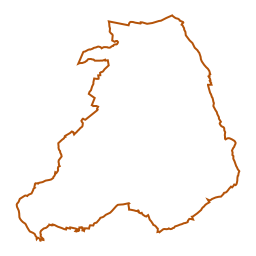 Rosia De Amaradia, Gorj, Romania
{"feature_id": "2599482B83031616378159", "entity_name": "Rosia De Amaradia", "entity_type": "district", "adm_level": 2, "iso_a3": "ROU", "parent_name": "Romania", "parent_adm1": "Gorj", "projection": "equal_earth", "projection_center": [23.734, 45.043], "detail": "fine", "context": "isolated", "style": "outline", "palette": "amber", "viewbox_px": 256, "rotation_deg": 0, "n_neighbors": 0, "source": "geoboundaries", "source_scale": "gbopen_adm2", "svg_char_len": 5717}
<svg xmlns="http://www.w3.org/2000/svg" viewBox="0 0 256 256"><path d="M157.5,232.0L159.1,231.7L159.5,232.2L163.3,229.2L164.5,229.0L166.4,229.2L168.0,229.0L168.8,228.4L170.3,229.1L171.8,228.9L172.5,228.2L174.0,227.8L174.7,226.8L175.1,226.4L177.7,225.6L180.1,224.6L181.7,224.2L183.9,223.2L185.4,223.0L187.2,222.3L187.8,221.9L187.9,220.8L189.3,218.9L191.0,219.0L193.1,219.5L192.9,219.0L192.4,218.1L192.4,217.1L192.1,216.7L192.7,216.6L197.3,213.3L201.2,209.9L201.9,208.5L202.8,207.4L203.9,206.6L205.0,205.2L206.4,204.0L209.4,202.3L207.8,199.6L209.1,200.2L210.4,200.2L212.0,199.0L215.6,197.5L218.6,196.8L221.0,196.6L223.6,193.9L223.6,193.4L224.1,192.8L225.7,192.5L226.8,191.7L227.9,190.4L229.3,188.5L230.5,187.3L230.8,186.7L231.2,186.7L231.6,187.2L232.1,187.4L233.5,185.8L234.2,184.5L234.5,184.5L235.5,185.1L236.1,184.7L236.6,183.8L236.9,182.7L237.3,180.6L237.4,177.9L237.7,176.0L238.2,175.7L238.6,173.1L239.3,171.2L237.8,169.3L236.9,167.2L236.2,166.1L234.5,161.2L233.6,159.4L233.3,158.6L233.4,156.1L232.4,155.0L232.6,152.5L232.0,150.6L233.1,148.2L234.2,146.8L234.5,145.8L235.5,143.7L235.6,142.8L235.0,141.6L234.3,140.8L232.0,139.4L229.6,138.3L228.3,138.2L227.2,138.4L225.6,139.4L225.3,139.2L225.0,138.3L225.0,136.4L224.8,135.1L225.2,132.2L224.3,130.4L224.2,128.2L223.5,127.2L221.8,126.4L220.9,125.7L219.7,123.7L219.8,123.1L220.9,121.8L219.1,119.0L218.9,118.4L218.9,117.2L217.4,114.3L216.7,111.9L215.7,110.5L213.4,106.2L213.4,105.7L213.9,103.1L213.4,101.9L212.9,99.3L212.4,97.6L211.9,97.1L211.0,94.3L210.1,92.8L208.0,85.2L208.0,84.8L211.5,84.7L211.0,83.4L211.1,82.9L210.6,82.5L209.7,80.7L209.8,80.6L210.4,80.6L210.1,79.0L208.5,76.3L208.8,76.1L209.5,76.2L209.6,74.2L210.2,74.1L209.3,71.0L207.9,68.8L206.1,67.1L204.1,64.8L201.8,61.4L200.9,59.2L200.6,56.8L199.2,52.7L198.3,51.7L197.5,50.3L194.7,47.7L192.4,43.0L189.7,40.5L185.8,35.3L185.4,31.9L184.2,29.7L184.1,28.2L183.3,26.9L183.1,26.3L182.4,25.2L181.6,24.7L182.5,23.2L183.2,22.8L183.3,22.5L183.0,22.0L179.7,20.6L179.4,19.7L177.9,18.7L176.1,18.3L174.8,17.6L172.8,16.1L172.2,15.4L166.3,18.0L161.0,20.7L158.9,21.0L152.4,23.0L147.1,23.8L142.3,22.4L140.7,22.3L140.7,23.4L140.5,23.5L135.4,22.7L132.9,22.0L130.8,21.9L130.3,22.0L129.2,23.2L128.6,25.3L108.8,21.4L109.2,23.1L109.4,26.3L110.0,28.5L109.7,31.7L111.3,33.7L112.3,34.3L112.7,35.4L112.2,40.5L114.7,41.8L116.0,41.0L117.1,41.0L118.0,42.1L117.6,43.2L117.0,44.1L116.5,44.4L115.2,44.4L114.0,44.8L113.4,45.3L113.2,45.9L112.4,46.0L111.2,46.7L110.5,47.4L109.5,47.7L108.0,47.6L107.2,47.2L104.1,47.1L103.4,47.3L101.6,48.3L101.0,47.5L100.4,47.1L98.6,46.6L97.7,46.7L96.0,47.4L93.4,48.0L92.9,48.6L92.1,48.9L90.0,49.6L89.5,49.4L88.2,49.8L85.1,51.5L83.6,51.8L83.3,52.0L78.3,63.7L79.6,63.1L82.2,63.0L85.1,62.0L85.8,61.3L86.5,61.1L88.0,59.3L88.5,59.1L91.0,59.0L92.1,59.4L93.2,59.5L93.8,59.7L94.3,60.3L94.9,60.7L102.5,60.6L105.1,59.7L105.3,60.6L107.8,60.3L108.7,65.4L104.5,69.3L103.4,70.9L102.6,71.7L101.0,72.2L100.1,72.8L100.3,75.2L98.2,75.4L98.7,78.1L98.5,78.8L96.9,78.9L94.2,78.5L93.4,82.2L93.4,83.9L92.1,86.5L91.0,90.2L89.5,91.9L88.8,93.9L94.7,98.0L91.8,105.2L92.6,105.5L93.2,106.1L93.9,106.0L96.4,106.0L98.1,106.7L97.0,108.9L97.1,109.2L97.6,109.7L97.3,110.2L85.4,119.7L84.1,119.4L83.0,118.7L82.4,119.2L81.4,120.8L81.8,121.8L82.7,122.8L82.8,123.3L82.6,125.4L82.4,126.2L82.1,126.7L80.2,128.2L79.0,129.6L77.6,130.9L76.7,132.0L75.0,133.5L74.1,134.5L73.6,133.3L73.6,132.6L73.0,132.3L72.9,131.9L71.8,131.5L70.0,133.1L65.1,135.9L64.9,136.1L65.4,136.9L64.6,137.2L63.8,138.5L62.1,139.7L58.3,143.2L58.4,144.9L58.6,146.3L58.5,147.7L58.8,149.1L59.2,150.0L60.1,151.1L60.2,152.5L61.3,154.7L61.6,156.5L58.8,160.2L58.5,161.9L58.9,163.4L58.9,164.7L59.7,166.1L58.6,166.6L58.1,167.2L57.9,168.4L58.1,170.0L57.7,171.2L56.4,173.0L55.3,172.2L55.0,173.5L55.1,174.4L54.4,175.9L53.4,177.0L53.2,178.0L51.3,179.4L49.6,179.9L45.6,180.6L42.6,182.1L39.1,182.8L38.1,183.6L37.7,183.2L37.0,183.4L35.5,183.3L34.9,184.1L35.0,184.4L34.4,186.8L34.4,187.5L34.8,187.8L33.9,188.4L33.3,189.2L33.2,190.0L32.5,191.5L31.5,193.5L29.0,194.5L27.5,195.6L27.3,196.0L25.8,195.5L24.8,195.7L19.8,198.9L18.7,201.7L17.9,202.8L17.1,203.6L16.7,204.7L17.0,206.8L18.5,210.1L18.8,210.9L19.2,213.3L19.4,217.2L20.0,218.7L21.3,220.5L22.8,222.0L25.0,223.5L25.6,224.1L27.2,227.3L29.0,230.3L29.9,231.5L32.9,232.8L34.6,233.9L35.1,234.8L35.5,235.9L36.7,237.3L36.6,238.7L36.7,239.1L37.7,237.8L38.1,237.8L39.6,238.6L39.9,239.0L40.2,239.1L40.0,239.4L40.3,239.9L40.2,240.5L40.5,240.6L40.6,240.1L41.4,239.6L43.5,240.0L43.5,239.8L43.4,239.1L40.9,236.7L40.6,236.2L40.9,234.4L40.5,233.8L40.4,232.1L41.1,230.7L43.7,228.5L45.9,227.9L47.4,226.9L47.7,226.3L49.2,225.1L49.3,224.6L51.4,225.3L51.9,224.8L52.8,225.3L53.1,225.0L53.1,224.6L54.5,225.0L57.8,226.7L61.7,228.0L64.2,229.1L66.1,229.5L66.3,229.0L66.1,228.4L66.4,227.7L70.0,228.6L70.2,227.4L75.4,228.5L77.1,229.1L75.4,231.2L76.6,231.5L77.7,230.9L78.5,231.0L78.9,230.6L78.4,230.1L78.6,229.6L79.1,229.6L79.0,228.6L79.5,227.9L79.5,227.5L80.9,227.8L81.2,227.2L82.2,227.4L82.7,227.8L82.4,230.4L83.5,230.6L84.0,230.9L84.1,229.8L84.6,229.5L84.6,228.9L84.8,228.3L86.6,228.3L89.0,228.6L89.6,226.3L90.1,225.3L93.3,225.5L94.0,223.6L95.2,222.9L96.5,222.7L99.4,219.4L100.4,217.8L102.5,217.2L103.6,216.7L105.8,214.8L110.2,212.7L112.2,210.7L116.2,206.2L117.7,204.9L119.0,204.7L123.2,204.4L128.9,203.2L129.0,203.3L128.7,203.4L128.6,203.9L128.5,205.3L128.9,207.4L129.1,209.7L130.5,209.7L134.1,210.4L135.7,210.9L137.3,211.1L137.7,210.6L138.3,210.5L138.5,211.1L138.8,211.3L138.5,211.9L138.6,212.3L140.5,213.3L141.7,212.8L142.6,214.5L145.1,216.2L146.4,216.5L146.8,216.0L148.1,215.1L148.6,216.2L149.7,219.6L151.5,221.7L152.0,222.7L152.7,223.5L153.3,224.9L154.8,225.5L156.3,226.9L156.7,227.7L157.8,228.6L157.7,231.0L157.5,232.0Z" fill="none" stroke="#b45309" stroke-width="2"/></svg>